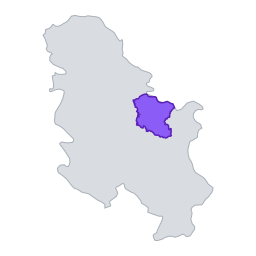 Branicevski on a map of Republic of Serbia (Mercator projection)
{"feature_id": "SRB-279", "entity_name": "Branicevski", "entity_type": "District", "adm_level": 1, "iso_a3": "SRB", "parent_name": "Republic of Serbia", "parent_adm1": "", "projection": "mercator", "projection_center": [21.622, 44.446], "detail": "fine", "context": "in_parent", "style": "filled", "palette": "violet", "viewbox_px": 256, "rotation_deg": 0, "n_neighbors": 0, "source": "natural_earth", "source_scale": "10m", "svg_char_len": 7625}
<svg xmlns="http://www.w3.org/2000/svg" viewBox="0 0 256 256"><path d="M146.6,94.1L153.3,96.2L156.3,98.2L157.9,100.8L162.2,102.5L169.2,103.4L174.0,106.0L176.7,110.5L181.1,109.5L187.3,102.8L193.3,101.1L199.3,104.2L202.5,106.9L203.1,108.9L201.7,109.8L198.4,109.4L195.7,110.6L193.5,113.6L193.2,116.7L194.7,120.0L196.8,122.3L199.5,123.5L201.0,125.2L201.2,127.4L201.9,128.0L200.3,129.0L198.6,130.5L197.7,133.1L197.4,137.3L192.2,140.6L190.2,141.2L189.3,143.4L187.9,149.5L188.1,154.1L188.8,156.5L189.1,158.4L190.8,160.7L192.4,164.3L193.4,169.0L195.7,172.7L201.5,176.3L204.4,178.4L206.6,181.4L208.2,184.1L213.0,187.7L212.7,190.3L211.6,192.9L210.5,194.0L208.1,197.3L205.8,199.1L201.9,204.8L195.8,205.1L194.4,205.6L192.1,207.2L190.9,210.0L192.0,212.3L191.9,214.6L190.8,219.1L192.3,223.9L194.4,226.1L194.8,227.3L194.4,229.6L191.2,234.1L190.2,235.8L187.0,236.7L185.9,236.2L184.3,234.7L182.7,234.2L178.9,236.0L175.0,237.2L172.0,236.3L168.9,236.2L166.8,237.0L165.3,237.3L162.2,239.2L157.2,240.6L154.9,240.3L154.0,238.5L153.1,235.8L153.6,234.6L156.8,232.6L157.2,230.6L161.8,221.0L162.7,217.8L162.7,216.8L161.5,216.1L159.0,216.2L147.8,212.3L148.3,207.8L145.1,205.3L141.5,203.2L140.9,200.8L137.0,195.9L134.1,193.2L130.5,191.8L127.3,189.8L125.4,188.6L124.5,186.3L124.5,184.9L123.6,183.6L122.1,183.7L119.5,185.6L116.3,187.1L115.7,188.3L116.9,191.0L117.7,192.7L117.3,194.3L116.3,196.4L110.2,200.9L109.5,202.5L110.7,205.1L110.0,206.3L104.8,208.0L105.0,206.6L104.7,204.3L101.7,201.9L97.6,200.1L88.4,193.7L84.8,192.9L81.7,192.1L77.2,189.1L74.8,188.6L72.3,186.4L66.6,179.0L61.8,175.0L58.6,172.9L57.7,170.9L57.5,168.9L57.6,168.2L60.0,165.3L61.9,164.9L64.4,164.8L66.0,166.3L68.1,166.6L69.3,164.7L69.9,162.0L69.6,158.5L64.5,150.5L60.2,144.9L59.7,143.6L60.6,142.6L62.1,142.0L63.8,142.5L68.1,142.9L72.2,142.4L73.6,141.0L73.6,139.2L72.1,137.4L67.3,132.8L63.5,128.7L59.1,125.6L55.8,124.3L54.9,122.7L54.5,121.0L54.8,117.9L55.0,113.9L55.8,111.4L58.8,106.6L61.6,101.6L63.3,96.7L64.3,92.2L63.9,90.9L62.4,90.0L59.3,89.0L55.0,89.9L51.3,91.5L49.9,91.6L49.4,89.6L50.0,88.7L51.1,88.8L52.1,89.2L53.1,88.3L53.7,85.5L52.2,76.0L54.9,75.2L55.0,73.8L55.2,72.6L58.0,74.3L62.0,74.3L65.5,74.0L66.1,73.0L66.0,71.7L65.3,70.6L64.1,69.7L63.2,68.4L60.8,67.8L53.4,64.4L49.8,60.7L49.9,56.8L51.0,54.7L52.2,54.0L51.8,53.2L47.7,51.4L46.2,48.9L47.4,45.7L45.2,39.1L43.0,35.1L45.2,33.3L45.5,30.8L45.7,29.4L46.6,29.4L50.2,27.8L51.5,26.4L52.3,24.8L53.2,24.4L55.6,26.2L58.1,26.3L61.0,25.2L63.2,23.7L65.7,22.4L66.9,21.6L68.4,20.2L71.4,16.2L74.8,15.4L79.4,16.4L84.3,16.7L88.0,15.8L97.3,17.0L99.3,17.9L100.6,19.0L103.1,22.4L105.4,26.8L108.7,28.9L112.6,31.3L114.6,33.1L117.5,38.4L119.8,41.0L120.6,40.9L121.4,40.2L121.9,39.7L122.5,40.2L122.6,41.8L122.7,45.3L122.2,49.1L123.0,52.7L123.0,53.8L122.4,54.8L122.5,55.7L123.3,56.7L126.5,59.1L129.4,62.7L132.8,65.3L135.9,66.9L137.9,67.0L141.1,70.0L147.5,72.1L149.5,72.8L150.9,74.0L151.9,75.4L152.0,76.9L151.0,77.6L149.6,79.7L149.1,82.1L148.1,82.7L147.0,82.8L146.3,83.5L146.5,84.6L147.3,85.6L148.6,86.5L151.2,87.4L153.7,88.7L153.7,89.8L153.2,90.9L150.0,91.4L147.6,91.6L146.5,92.0L146.6,94.1Z" fill="#d9dde1" stroke="#a8b0b8" stroke-width="1"/><path d="M146.6,94.1L147.3,94.7L148.1,96.2L148.7,96.5L152.2,96.9L154.7,96.7L155.5,96.9L156.3,97.6L156.6,98.5L156.9,99.6L157.3,100.6L158.8,102.1L160.8,102.7L162.9,102.7L164.7,102.3L166.2,101.7L166.9,101.5L167.6,101.6L171.3,103.6L172.6,103.8L173.1,104.2L174.2,107.0L174.4,107.8L173.6,108.3L172.4,109.5L172.0,110.0L171.7,110.3L171.3,110.7L171.2,111.0L171.1,111.5L170.9,111.7L170.6,111.7L170.3,111.8L170.2,111.9L170.1,112.0L170.1,112.3L170.2,112.5L170.2,112.8L170.2,113.0L170.2,113.3L170.0,113.7L169.9,113.7L169.9,114.0L169.8,114.3L169.7,114.5L169.6,114.8L169.5,115.1L169.5,115.3L169.7,115.9L169.8,116.1L169.8,116.3L169.7,116.6L169.6,117.0L169.4,117.2L169.2,117.3L168.9,117.3L168.8,117.2L168.5,117.2L168.3,117.2L168.1,117.2L168.0,117.3L167.9,117.5L167.7,117.8L167.5,118.0L167.4,118.1L167.3,118.3L167.1,118.8L166.9,119.0L166.7,119.0L166.2,118.8L165.8,118.8L165.6,118.9L165.5,119.0L165.4,119.3L165.4,120.0L165.3,120.3L165.2,120.4L165.1,120.5L164.8,120.7L164.6,120.8L164.5,121.1L164.4,121.3L164.4,121.6L164.4,121.9L164.5,122.0L164.6,122.3L165.0,122.6L165.2,122.9L165.2,123.0L165.0,123.5L165.0,123.8L165.2,124.3L165.3,124.6L165.8,124.5L166.4,124.3L166.5,124.3L166.8,124.3L167.0,124.4L167.2,124.6L167.4,124.6L167.6,124.7L167.8,124.8L168.3,125.3L168.4,125.5L168.5,125.8L168.5,126.2L168.5,126.3L168.6,126.7L168.6,126.9L168.6,127.1L168.6,127.3L168.6,127.6L168.7,127.9L168.7,128.1L168.6,128.5L168.6,128.8L168.7,129.0L169.0,129.3L169.2,129.5L169.3,129.6L169.5,129.7L169.9,129.3L170.1,129.0L170.2,128.8L170.3,128.8L170.4,128.7L170.6,128.6L170.8,128.6L171.0,128.7L171.1,128.8L171.1,129.0L170.9,129.3L170.9,129.5L170.9,129.9L171.1,130.3L171.2,130.5L171.2,130.8L171.1,131.2L171.1,131.5L171.1,132.0L171.1,132.3L171.1,132.5L171.1,132.8L171.0,133.0L170.9,133.1L170.7,133.3L170.6,133.5L170.7,133.9L170.7,134.0L170.8,134.5L170.9,134.8L171.2,135.1L171.3,135.2L171.3,135.4L171.2,135.5L171.0,135.8L170.9,136.0L170.7,136.1L170.1,136.2L169.3,136.2L169.1,136.2L168.9,136.2L168.7,136.3L168.4,136.5L168.2,136.6L167.5,137.1L167.4,137.2L167.1,137.5L166.9,137.7L166.7,137.8L166.2,137.7L165.7,137.9L165.4,137.9L165.0,137.7L164.6,137.4L164.3,137.4L163.9,137.6L163.6,137.6L163.4,137.6L163.1,137.4L162.9,137.3L162.6,137.0L162.4,136.7L162.2,136.6L161.6,136.5L161.4,136.5L161.0,136.7L160.8,136.9L160.7,136.9L160.3,136.9L160.1,136.8L159.7,136.7L159.4,136.4L159.4,136.0L159.3,135.9L159.2,135.8L158.8,135.4L158.6,135.4L158.3,135.2L158.0,135.2L157.9,135.2L157.6,135.2L157.4,135.2L157.2,135.2L156.8,135.1L156.6,135.0L156.4,135.0L156.1,135.2L155.9,135.2L155.7,135.1L155.2,134.9L154.9,134.9L154.7,134.8L154.6,134.7L154.4,134.4L154.3,134.0L154.2,133.7L154.0,133.4L153.7,133.3L153.6,133.2L153.4,132.8L153.2,132.6L152.9,132.4L152.3,131.9L152.0,131.5L151.8,131.3L151.6,131.4L151.3,131.4L151.1,131.4L150.9,131.4L150.5,131.2L150.4,131.1L150.2,130.8L150.1,130.7L149.8,130.5L149.7,130.5L148.8,130.6L148.6,130.6L148.4,130.7L148.3,130.8L148.2,130.9L148.2,131.0L148.0,131.3L147.3,131.3L147.0,131.3L146.8,131.3L146.7,131.3L146.5,131.2L146.4,131.1L146.3,130.9L146.6,130.5L146.6,130.4L146.8,130.0L146.9,129.7L146.9,129.4L146.7,129.2L146.3,129.2L146.2,129.1L145.9,128.9L145.8,128.7L145.6,128.3L145.5,128.2L145.5,127.8L145.5,127.7L145.5,127.4L145.4,127.2L145.2,127.0L144.7,126.6L143.8,125.9L143.6,126.4L143.5,126.6L143.4,126.8L143.3,127.2L143.2,127.4L143.1,127.6L142.8,127.9L142.8,128.0L142.7,128.0L142.2,127.8L142.1,127.7L141.8,127.7L141.4,127.6L141.1,127.5L140.9,127.3L140.7,127.1L140.7,126.9L140.6,126.5L140.5,126.4L140.0,125.9L139.6,125.7L139.3,125.6L138.9,125.6L138.7,125.5L138.6,125.4L138.3,125.2L138.2,125.1L137.8,125.1L137.3,125.2L136.7,124.9L136.7,124.5L137.0,124.5L137.0,124.2L136.7,124.2L136.7,123.7L137.4,123.8L137.8,123.5L137.6,123.0L137.0,122.6L137.2,121.9L137.0,121.5L136.7,121.3L136.4,121.0L136.3,120.4L136.4,120.1L136.5,119.7L136.7,119.0L136.9,118.1L137.2,117.2L137.8,116.7L139.0,116.7L138.8,116.2L138.6,115.9L138.2,115.7L137.8,115.5L138.1,114.3L138.5,114.5L138.7,114.4L139.0,114.3L138.7,114.2L138.1,113.9L138.3,113.0L138.4,112.7L138.1,112.7L137.8,112.9L137.6,112.4L137.3,111.7L136.7,111.5L136.7,111.1L137.3,110.6L137.6,110.0L137.6,109.3L137.3,108.4L136.9,107.6L136.6,107.3L136.1,107.2L135.3,107.2L135.4,106.1L134.5,104.7L135.0,104.0L134.8,103.7L134.2,103.1L133.9,102.8L134.0,102.6L134.1,101.9L134.2,101.6L133.7,101.6L133.4,101.3L133.3,100.8L133.3,100.1L135.0,99.9L136.0,99.1L136.4,98.8L137.0,98.8L138.0,98.9L138.5,98.6L138.9,98.1L139.2,97.5L139.5,96.9L140.9,95.8L142.9,94.8L144.9,94.2L146.6,94.1Z" fill="#8b5cf6" stroke="#5b21b6" stroke-width="1.5"/></svg>